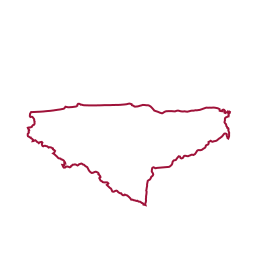 outline of Iguape, São Paulo, Brazil, rotated 212°
{"feature_id": "56859067B39620735608420", "entity_name": "Iguape", "entity_type": "district", "adm_level": 2, "iso_a3": "BRA", "parent_name": "Brazil", "parent_adm1": "São Paulo", "projection": "orthographic", "projection_center": [-47.495, -24.592], "detail": "fine", "context": "isolated", "style": "outline", "palette": "rose", "viewbox_px": 256, "rotation_deg": 212, "n_neighbors": 0, "source": "geoboundaries", "source_scale": "gbopen_adm2", "svg_char_len": 5677}
<svg xmlns="http://www.w3.org/2000/svg" viewBox="0 0 256 256"><g transform="rotate(212 128 128)"><path d="M60.3,192.5L62.4,192.3L63.7,191.8L65.0,191.3L66.4,190.6L67.5,189.8L68.3,189.2L69.1,188.8L69.9,188.3L70.5,187.8L71.4,187.3L72.2,186.9L72.8,186.3L73.5,185.4L74.7,183.9L75.3,183.1L75.9,182.4L76.7,181.4L77.6,180.7L78.5,179.9L79.1,179.4L80.1,178.9L80.9,178.1L81.9,177.2L82.7,176.8L83.7,176.0L85.0,174.6L85.9,173.7L86.4,173.2L87.1,172.9L87.9,172.5L88.8,172.2L89.5,171.6L90.7,170.8L91.5,170.4L92.2,170.1L94.2,169.5L94.9,169.2L95.8,168.4L96.5,167.6L96.9,167.0L98.6,166.1L99.6,165.6L100.5,165.1L101.3,164.6L102.1,164.1L103.4,163.2L104.3,162.6L105.1,161.8L106.0,160.2L106.3,159.4L106.9,158.5L109.0,157.9L109.8,157.8L111.1,157.6L112.4,157.3L113.6,157.0L115.0,156.7L115.7,157.0L118.0,157.7L120.1,158.2L121.9,158.2L123.1,157.9L124.5,157.0L126.3,156.2L127.8,155.3L128.6,154.3L129.4,153.5L130.5,152.2L131.4,151.3L132.6,150.4L133.4,149.8L134.2,149.6L135.0,149.8L136.8,149.4L137.5,150.1L138.7,149.8L139.7,149.5L140.6,148.7L141.7,147.5L143.3,146.2L144.5,145.3L146.1,144.1L146.9,143.5L148.9,142.1L150.1,141.4L151.3,140.6L153.3,139.3L155.3,137.9L158.2,136.1L160.4,134.7L162.7,133.1L165.0,131.6L167.0,130.3L169.7,128.6L171.3,127.6L173.4,126.3L174.1,125.9L176.3,124.6L177.3,124.0L178.8,123.4L179.6,123.3L180.4,122.7L181.2,122.8L182.2,122.7L183.1,122.1L183.3,121.1L182.8,120.1L183.2,119.0L184.1,118.1L185.0,117.4L185.7,116.8L186.4,116.2L187.1,115.7L187.8,115.2L188.9,114.4L189.9,113.8L191.2,113.3L192.3,112.9L192.3,111.9L192.6,110.5L193.4,109.6L194.2,108.9L194.9,108.2L195.7,107.5L197.3,106.2L198.2,105.4L199.4,104.4L200.5,103.4L201.4,102.7L202.6,101.7L203.5,101.0L205.0,99.9L205.8,99.3L207.6,97.9L208.2,97.4L210.4,95.8L211.1,95.3L214.0,93.3L215.7,92.1L217.6,90.8L218.6,90.2L218.6,89.1L218.6,88.2L218.0,86.9L217.5,86.0L216.6,85.6L216.1,86.2L215.1,86.7L214.1,86.5L213.4,86.2L212.6,85.9L211.8,85.2L211.4,84.4L210.6,84.0L210.1,82.9L209.5,82.1L209.4,81.0L210.1,80.1L210.3,79.0L210.2,78.0L211.0,76.9L211.9,76.2L212.6,75.7L213.1,75.1L212.2,74.4L211.0,74.1L210.4,73.5L210.7,72.8L210.2,72.1L209.6,71.5L209.9,70.0L209.3,68.8L208.5,68.0L207.5,68.1L206.2,68.0L205.4,68.4L204.8,67.9L203.7,68.0L202.2,67.7L201.9,66.3L201.2,66.9L200.6,67.9L200.1,68.5L198.7,68.3L197.7,68.0L196.4,68.1L195.6,67.9L195.4,68.9L194.7,69.7L193.8,70.5L192.8,70.2L192.6,68.8L191.9,68.0L190.8,67.4L190.1,67.6L189.7,68.4L188.9,69.0L187.9,69.2L187.1,69.6L185.9,69.6L185.0,69.3L184.4,70.1L183.1,70.7L182.0,70.8L180.8,70.9L180.5,70.2L179.6,70.1L178.8,70.2L177.7,69.9L177.6,68.7L177.5,67.9L178.0,66.8L177.2,66.8L175.6,66.6L174.2,66.3L172.9,66.1L171.9,65.7L170.7,65.6L169.0,66.3L167.9,66.0L166.9,66.4L166.0,66.4L165.0,66.3L164.0,65.7L163.2,65.5L162.4,64.7L163.3,64.3L162.8,63.6L162.3,62.7L164.1,61.9L162.5,60.8L161.5,60.4L160.4,61.1L160.1,62.2L159.3,63.1L157.7,63.6L156.5,63.8L156.0,64.7L156.1,65.8L155.6,66.5L155.5,67.5L154.5,68.2L153.9,68.9L153.0,69.3L151.7,69.4L150.9,69.5L150.4,70.5L150.3,71.3L149.5,72.2L148.8,73.1L147.8,73.3L147.1,73.1L145.8,73.5L144.9,73.3L143.8,73.1L141.8,73.2L141.0,72.7L140.1,72.2L139.2,71.6L138.5,71.3L137.6,70.9L136.5,70.7L135.1,70.6L134.2,71.2L133.7,71.9L133.0,73.0L132.1,73.9L130.9,74.1L129.8,74.2L128.8,73.9L128.5,73.0L127.6,73.0L126.5,72.6L125.8,72.3L125.3,71.6L125.9,70.9L125.7,70.2L124.7,69.7L123.5,68.9L122.4,68.9L121.5,69.0L120.8,68.7L119.7,69.1L118.8,69.6L117.8,70.3L116.6,70.9L115.3,70.6L115.4,69.5L115.8,68.5L114.6,68.2L113.4,68.0L112.2,67.7L111.4,67.6L110.4,67.6L109.6,67.2L108.5,66.4L107.7,65.9L106.8,66.1L106.2,66.6L105.5,67.8L104.7,68.7L103.8,68.9L103.1,68.7L102.2,68.4L101.2,68.4L100.1,68.5L99.1,69.0L98.3,68.5L96.8,68.3L95.8,68.8L95.6,69.7L94.7,70.0L93.7,70.1L92.9,70.4L91.7,70.2L90.5,70.0L88.8,69.6L88.0,69.2L87.3,68.9L86.1,69.7L85.1,69.7L84.2,70.1L83.2,70.4L82.2,70.6L81.5,71.3L80.5,71.2L79.7,71.3L78.8,71.9L77.7,71.9L76.7,71.7L75.9,72.0L75.1,71.9L74.3,71.2L73.5,71.6L72.3,71.9L73.1,72.6L73.5,73.7L73.6,74.5L74.1,75.7L74.5,76.4L75.2,77.2L75.7,78.4L76.4,79.5L76.9,80.6L77.4,81.8L77.9,82.8L78.5,83.9L79.4,84.6L79.7,85.6L80.3,86.9L80.7,87.9L81.1,89.0L81.9,90.2L82.4,91.4L82.8,92.6L83.2,93.4L83.0,94.4L82.5,95.3L82.1,96.0L82.1,96.9L82.2,98.0L82.4,99.0L81.9,100.1L81.8,101.0L82.0,102.0L82.7,102.6L83.5,103.1L84.7,103.6L85.2,104.4L85.9,105.9L86.2,107.0L85.7,108.1L84.5,108.4L83.6,108.3L83.0,108.8L82.3,109.5L72.7,116.7L72.2,117.4L71.5,119.6L71.5,120.9L71.9,122.1L72.2,122.8L72.2,123.8L72.0,124.8L71.3,125.4L70.5,126.2L70.4,127.9L70.3,129.1L70.0,130.9L68.8,131.3L67.5,130.4L66.6,130.5L65.7,131.5L65.6,132.7L65.7,133.7L65.2,134.5L64.3,135.0L63.1,135.4L62.1,135.9L61.4,137.0L60.8,137.7L60.0,139.0L59.1,139.5L58.2,139.8L57.8,140.6L57.4,141.3L57.3,142.8L57.3,144.2L57.3,145.4L57.0,146.1L56.3,146.8L55.0,147.4L53.9,148.5L53.5,149.3L53.1,150.5L52.4,151.6L52.2,152.7L52.3,153.5L52.7,154.4L52.1,155.5L51.4,156.4L51.3,157.2L51.6,157.9L52.3,158.8L51.6,159.9L51.1,161.0L49.9,160.9L48.9,161.2L48.3,162.1L47.3,163.0L46.7,163.6L46.2,164.2L45.8,165.3L45.4,166.6L45.1,167.5L44.7,168.1L44.4,169.1L44.0,169.9L43.7,171.1L43.6,172.2L43.5,173.2L43.3,174.3L42.5,174.9L41.3,175.2L40.7,174.8L40.3,173.9L39.6,173.3L38.8,172.9L38.4,172.3L37.4,172.2L37.6,173.4L38.0,174.8L38.5,175.5L39.1,176.5L39.8,177.7L40.5,178.2L41.3,178.9L42.0,179.5L42.1,180.3L43.0,181.0L43.9,180.7L44.7,181.5L45.7,181.8L46.4,182.7L47.0,183.2L48.1,183.4L49.2,184.0L49.6,185.0L49.8,185.8L50.6,187.0L50.9,187.8L50.5,189.1L49.8,189.9L49.5,190.8L48.9,191.1L49.2,192.0L50.1,193.0L49.7,194.6L50.0,195.6L50.8,195.6L51.0,194.7L51.9,194.9L51.7,193.9L52.4,194.0L53.1,193.2L53.8,193.1L53.4,192.3L54.2,192.1L55.1,192.9L55.1,194.0L56.2,194.3L56.9,194.1L57.5,193.3L57.1,192.1L58.4,191.5L59.4,191.2L60.3,192.5Z" fill="none" stroke="#9f1239" stroke-width="2"/></g></svg>